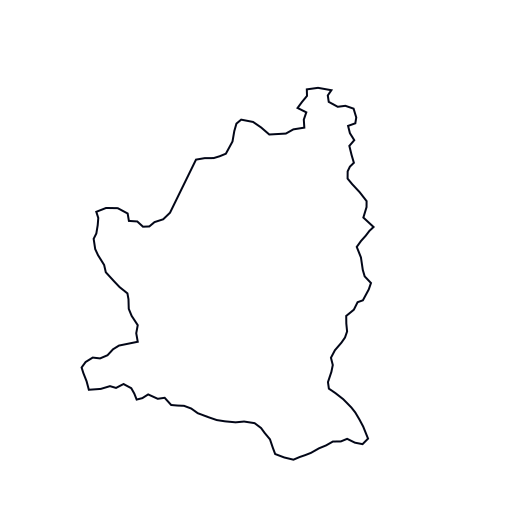 Jandaia do Sul, Paraná, Brazil (Robinson projection), rotated 109°
{"feature_id": "56859067B22052516626747", "entity_name": "Jandaia do Sul", "entity_type": "district", "adm_level": 2, "iso_a3": "BRA", "parent_name": "Brazil", "parent_adm1": "Paraná", "projection": "robinson", "projection_center": [-51.684, -23.629], "detail": "fine", "context": "isolated", "style": "outline", "palette": "ink", "viewbox_px": 512, "rotation_deg": 109, "n_neighbors": 0, "source": "geoboundaries", "source_scale": "gbopen_adm2", "svg_char_len": 1987}
<svg xmlns="http://www.w3.org/2000/svg" viewBox="0 0 512 512"><g transform="rotate(109 256 256)"><path d="M266.2,421.4L271.4,417.5L278.4,415.7L286.7,414.3L292.6,415.1L301.8,410.3L306.6,405.7L313.9,396.7L320.3,392.7L326.0,382.2L329.8,374.9L333.2,365.4L338.4,362.5L347.4,359.1L353.1,354.1L359.9,345.3L368.0,344.1L375.6,339.9L385.3,356.4L390.7,360.8L398.2,364.1L403.6,370.1L405.2,377.3L411.7,382.6L418.2,384.6L422.8,381.2L429.6,375.4L436.9,370.5L432.2,359.5L426.6,351.7L426.3,345.4L420.2,339.6L421.6,330.9L425.7,326.3L430.6,322.1L427.4,317.2L422.0,312.9L423.0,302.4L419.8,296.2L424.5,287.7L423.0,281.7L421.1,275.3L421.3,267.6L423.6,259.9L423.9,248.5L423.9,239.7L422.4,231.4L419.9,221.1L416.4,213.4L414.5,202.9L417.0,195.2L420.5,190.2L424.8,183.1L431.8,177.7L437.0,173.4L437.3,163.7L436.4,154.3L431.8,149.2L428.3,144.7L424.3,140.0L417.3,133.8L412.3,128.1L406.4,122.9L403.7,115.4L399.2,110.3L400.3,101.7L399.2,94.0L392.2,90.6L382.4,99.1L376.9,105.0L371.7,111.1L368.2,116.5L363.0,126.9L359.8,136.2L357.7,143.9L351.8,146.9L341.0,147.0L334.1,147.9L327.8,152.0L319.4,150.7L310.1,147.0L304.1,145.3L297.7,145.3L290.5,148.6L283.3,151.2L274.9,146.0L266.6,144.9L263.1,140.5L250.9,138.5L244.1,138.5L239.9,146.6L234.4,150.5L223.2,156.3L214.6,163.7L207.6,161.6L201.2,158.9L195.2,156.9L190.3,154.3L184.7,167.0L173.8,167.4L168.1,169.3L161.9,178.8L156.8,188.4L153.0,194.6L146.1,196.9L140.9,196.3L136.0,193.8L129.4,198.5L121.5,203.6L114.5,200.8L109.3,207.2L103.0,211.3L98.2,205.3L92.4,206.3L84.9,211.7L84.9,220.4L88.3,227.3L86.6,237.4L80.8,240.4L74.7,238.7L76.8,252.1L81.9,262.2L88.0,259.9L95.2,262.6L102.5,264.9L103.8,255.2L111.5,255.2L118.9,252.1L124.1,261.9L130.5,267.6L136.8,283.0L132.8,293.0L130.2,302.4L131.9,314.4L137.2,317.6L144.9,317.2L155.4,315.5L169.1,317.8L173.5,322.8L177.2,327.9L180.2,336.4L184.4,344.1L243.1,351.4L251.5,355.7L257.0,363.0L262.8,366.5L265.1,372.4L262.0,379.5L264.2,387.6L257.6,391.2L255.8,402.3L259.4,413.4L266.2,421.4Z" fill="none" stroke="#020617" stroke-width="2"/></g></svg>